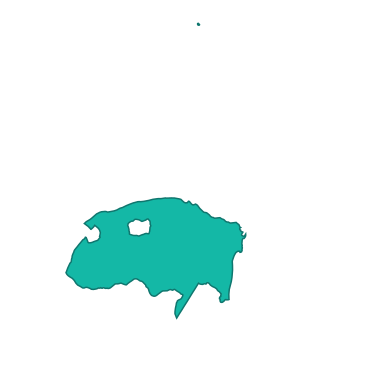 SVG path tracing the border of South Africa, rotated 215°
{"feature_id": "ZAF", "entity_name": "South Africa", "entity_type": "country or territory", "adm_level": 0, "iso_a3": "ZAF", "parent_name": "Africa", "parent_adm1": "", "projection": "albers", "projection_center": [25.295, -34.555], "detail": "fine", "context": "isolated", "style": "filled", "palette": "teal", "viewbox_px": 384, "rotation_deg": 215, "n_neighbors": 0, "source": "natural_earth", "source_scale": "50m", "svg_char_len": 5282}
<svg xmlns="http://www.w3.org/2000/svg" viewBox="0 0 384 384"><g transform="rotate(215 192 192)"><path d="M229.1,50.6L232.3,50.2L234.7,50.7L237.7,52.0L240.5,52.6L243.2,52.4L245.3,52.4L246.9,52.7L248.2,53.2L249.1,53.9L249.1,54.5L249.6,56.3L250.2,58.6L250.6,60.8L251.1,63.7L250.9,65.4L251.1,66.0L251.6,66.8L252.3,68.2L252.5,69.0L252.7,69.6L253.4,70.7L253.9,72.4L254.3,74.6L254.6,75.7L254.8,76.2L254.9,77.2L254.8,79.1L254.6,81.4L254.5,84.0L254.3,86.1L254.2,87.2L254.0,90.2L253.3,91.8L253.3,93.0L253.4,93.8L253.2,93.9L252.6,94.0L250.4,92.6L248.2,91.1L247.9,91.1L247.4,91.2L246.1,92.1L244.8,93.6L244.1,94.8L243.2,96.1L241.6,98.2L241.5,98.7L241.4,100.5L241.3,102.2L241.5,102.4L242.2,102.5L242.7,103.9L243.8,106.2L245.8,107.7L247.7,108.5L250.4,108.8L252.6,108.9L252.5,107.4L252.9,105.0L253.3,103.5L253.6,103.4L254.1,103.6L254.4,103.8L255.3,103.8L256.8,104.2L258.0,104.3L259.2,104.3L261.0,104.4L262.1,104.4L261.6,107.0L259.8,110.9L259.2,112.8L257.6,119.3L255.8,122.6L254.8,123.9L252.1,126.2L251.4,126.6L250.7,126.9L249.6,127.1L245.0,131.8L243.3,134.1L241.6,137.5L240.1,139.3L237.9,143.3L235.9,146.4L234.0,149.2L230.8,153.0L229.4,154.1L228.5,154.6L226.0,156.8L222.5,160.4L219.8,163.6L215.9,167.2L213.7,168.7L210.3,171.9L209.4,172.3L205.6,175.2L202.9,177.0L198.6,179.0L196.9,179.6L192.8,179.0L191.1,179.3L189.7,180.6L189.6,182.4L189.0,182.7L188.1,182.6L185.3,181.8L183.7,182.0L182.9,183.0L182.1,184.2L180.0,184.3L176.2,183.0L171.8,182.3L170.7,182.2L168.6,183.2L167.8,183.4L164.7,183.2L162.9,182.7L161.2,182.7L160.0,183.3L158.4,183.5L154.4,187.0L152.2,187.1L150.4,187.6L149.4,187.6L147.7,187.2L147.1,187.3L146.1,187.5L145.1,188.2L142.9,188.5L142.1,189.1L138.4,192.4L137.6,192.3L136.9,192.2L134.9,192.2L132.6,190.7L131.8,190.8L132.0,190.3L132.0,189.4L131.5,188.8L131.1,188.6L130.3,188.7L129.8,188.0L128.4,188.0L128.0,188.2L127.3,188.3L127.2,187.5L127.2,187.0L127.2,186.3L126.9,185.4L126.4,185.1L126.0,185.0L125.1,185.2L124.4,185.3L124.1,185.6L123.8,186.3L123.9,188.3L123.4,187.7L122.8,186.6L122.6,185.3L122.7,183.8L123.6,183.1L123.5,182.1L123.2,181.2L121.9,179.0L121.4,178.0L120.4,177.3L119.5,175.7L118.7,175.1L118.3,173.9L117.5,173.0L117.1,171.5L117.5,170.6L118.1,170.1L118.8,170.8L119.6,170.5L120.7,169.3L121.3,167.6L121.1,164.9L120.8,163.3L119.6,159.1L119.1,158.1L116.8,155.2L114.0,151.3L110.3,145.0L108.5,141.3L105.6,133.6L103.2,129.4L100.3,125.5L100.0,125.2L100.3,124.7L101.6,123.6L102.2,123.3L102.5,123.4L102.8,123.1L103.1,122.5L103.1,121.9L103.2,121.0L103.4,120.4L103.7,119.4L104.2,118.7L105.4,118.2L106.3,118.7L106.8,119.2L107.0,119.9L107.4,120.3L108.1,120.2L108.5,120.6L108.9,121.5L108.9,122.2L108.5,122.7L108.6,123.2L109.2,123.9L109.4,124.5L109.8,125.3L111.5,125.7L112.3,126.0L113.7,125.9L115.0,126.2L116.3,126.8L118.4,126.8L121.1,126.3L123.5,126.3L125.3,126.9L126.7,126.9L127.5,126.4L127.8,125.8L127.6,125.0L128.0,124.5L128.9,124.2L129.6,123.6L130.1,122.6L131.4,121.7L133.3,121.0L134.4,121.0L134.3,119.4L134.0,114.4L133.8,109.4L133.5,104.4L133.2,99.4L133.0,94.5L132.7,89.5L132.5,84.5L132.2,79.9L132.7,80.2L136.1,82.5L137.0,83.8L137.5,84.6L139.0,87.5L140.1,90.2L141.1,92.2L141.2,93.1L141.3,94.0L141.5,94.4L141.4,94.9L140.9,96.1L140.3,97.0L139.7,98.2L139.7,99.7L140.0,101.5L140.4,102.4L141.0,102.6L142.3,102.1L143.1,102.2L144.3,102.5L148.1,102.2L148.6,102.3L150.0,102.3L150.5,102.2L150.9,101.8L151.4,100.7L151.8,100.3L152.6,100.1L153.6,99.8L154.4,99.1L155.6,96.9L158.1,95.0L158.8,94.5L159.3,94.0L159.7,93.3L160.5,90.8L161.2,88.8L161.4,87.9L162.0,86.3L162.7,85.3L163.4,84.8L163.7,84.7L164.6,84.4L165.8,84.1L167.1,84.4L168.4,84.9L170.0,85.9L171.5,87.1L172.3,87.7L173.0,88.0L174.4,88.1L175.3,88.1L176.7,89.3L177.4,89.4L179.0,89.7L180.9,90.1L182.1,90.0L183.4,89.4L184.4,89.3L185.6,89.4L186.9,89.2L187.9,88.9L188.7,88.3L189.4,87.7L190.1,85.8L190.6,84.3L191.3,82.6L192.1,80.2L192.4,78.6L192.7,78.1L194.0,77.6L195.0,77.3L197.7,76.7L198.3,76.3L198.8,75.6L200.0,74.3L201.5,73.2L202.2,72.6L203.7,67.3L203.9,66.6L204.9,65.2L205.6,64.7L206.0,64.7L206.6,64.3L207.3,63.6L208.2,63.2L209.3,63.0L209.9,62.5L210.3,61.7L210.8,61.4L211.6,61.4L212.0,61.2L212.1,60.6L212.6,60.2L213.4,59.8L213.8,59.4L213.9,58.9L214.9,57.6L216.8,55.7L218.7,54.6L220.4,54.5L222.0,54.1L223.5,53.6L224.6,52.6L225.4,51.4L226.6,50.7L229.1,50.6ZM219.5,138.8L221.1,138.1L221.9,137.7L222.4,137.4L223.1,136.8L223.4,135.5L223.6,134.4L224.1,133.9L224.7,133.5L225.1,132.9L225.7,131.6L226.1,130.2L226.2,129.6L226.0,129.0L225.7,128.4L225.4,127.6L225.0,127.4L224.2,126.9L223.1,126.0L222.1,125.1L221.2,123.9L220.8,123.7L219.9,122.8L219.6,122.4L219.3,121.8L219.0,121.6L218.6,121.7L217.5,122.0L215.1,122.8L213.7,123.7L212.4,124.7L211.2,125.1L210.2,125.4L209.5,126.6L208.8,127.7L208.1,128.7L207.8,129.1L207.4,129.4L207.1,130.1L206.4,131.1L205.8,131.8L204.9,132.2L203.9,132.7L203.5,133.0L203.4,133.4L203.8,134.4L204.1,135.4L204.7,136.6L205.2,137.4L205.8,138.5L206.2,139.1L206.2,140.1L206.3,140.4L206.5,140.8L206.9,141.1L207.5,141.4L207.6,141.6L208.0,141.9L208.4,142.6L209.1,143.4L209.9,144.1L211.4,144.4L212.5,144.7L212.8,144.5L213.2,144.0L213.6,143.4L213.7,142.5L214.1,142.1L215.5,140.0L216.2,139.2L216.7,139.1L217.3,139.0L218.0,139.0L218.5,139.0L219.5,138.8ZM283.7,333.7L283.4,333.8L281.8,333.4L281.7,333.0L282.3,332.4L282.6,332.2L283.4,332.4L283.9,333.0L284.0,333.2L283.7,333.7Z" fill="#14b8a6" stroke="#0f766e" stroke-width="1.5"/></g></svg>